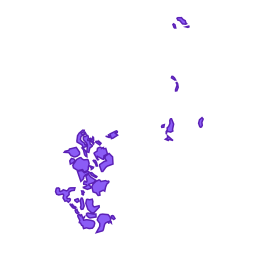 outline of Sinan-gun, South Jeolla, South Korea, rotated 163°
{"feature_id": "91817680B46467557111645", "entity_name": "Sinan-gun", "entity_type": "district", "adm_level": 2, "iso_a3": "KOR", "parent_name": "South Korea", "parent_adm1": "South Jeolla", "projection": "orthographic", "projection_center": [125.994, 34.593], "detail": "fine", "context": "isolated", "style": "filled", "palette": "violet", "viewbox_px": 256, "rotation_deg": 163, "n_neighbors": 0, "source": "geoboundaries", "source_scale": "gbopen_adm2", "svg_char_len": 5887}
<svg xmlns="http://www.w3.org/2000/svg" viewBox="0 0 256 256"><g transform="rotate(163 128 128)"><path d="M183.8,101.6L183.3,100.7L183.3,99.4L182.6,98.8L179.5,99.0L177.8,100.5L177.5,102.0L175.5,105.6L175.5,109.1L175.9,109.7L179.4,110.4L180.7,111.5L181.7,113.5L183.1,113.6L186.3,112.9L191.7,108.5L191.8,105.9L188.8,102.4L188.0,101.8L183.8,101.6ZM177.4,75.2L176.4,72.3L175.5,72.0L174.4,72.0L174.0,74.9L173.0,75.3L169.9,75.7L168.7,74.4L166.6,78.2L164.6,80.6L162.5,81.5L161.9,82.4L162.1,82.9L163.8,83.1L164.7,84.2L169.6,84.8L170.1,86.3L170.9,86.9L174.4,86.3L177.7,84.7L179.7,82.5L180.1,77.1L177.4,75.2ZM182.9,45.0L183.8,42.2L188.9,37.2L182.3,37.1L181.4,37.8L178.5,42.7L176.9,43.8L174.5,44.2L174.2,42.1L173.7,43.7L172.9,44.1L171.7,42.0L171.5,43.3L172.1,44.4L171.3,45.6L171.2,48.2L172.4,51.0L177.5,53.1L179.9,53.4L182.7,51.3L184.3,49.1L182.9,45.0ZM199.9,44.8L196.9,44.7L194.5,43.2L191.4,42.6L189.3,43.9L187.7,46.5L187.6,47.8L188.2,49.0L190.2,50.4L194.3,52.4L197.4,52.8L197.3,54.7L196.1,55.0L195.5,55.9L197.0,55.3L197.7,55.7L197.7,58.4L198.2,58.9L199.3,58.0L199.8,59.3L200.8,59.6L201.6,59.1L201.8,57.9L201.1,53.8L202.3,51.8L201.2,50.9L200.8,48.5L199.9,47.8L199.9,44.8ZM166.2,100.5L166.0,94.2L164.8,93.8L160.8,96.8L158.9,97.6L152.9,97.9L151.2,104.9L153.5,109.2L158.0,107.7L158.9,105.7L158.2,103.0L160.5,103.0L165.8,101.3L166.2,100.5ZM207.9,76.3L206.7,74.4L204.6,75.5L203.9,76.8L204.5,77.7L206.8,78.2L206.7,79.9L203.8,81.4L203.2,83.8L200.4,84.6L197.6,84.1L196.2,86.3L200.6,87.6L201.9,87.6L204.0,86.0L205.2,85.9L208.0,87.9L208.9,87.3L211.4,87.0L211.9,87.6L211.2,89.9L211.9,91.0L213.7,91.4L214.5,90.8L215.9,88.3L215.6,85.5L213.8,84.2L209.6,83.9L209.1,82.6L210.6,80.1L209.7,76.4L207.9,76.3ZM165.6,109.9L161.5,105.7L160.5,105.2L159.1,108.4L155.6,109.1L155.2,109.9L155.2,115.0L157.2,115.2L157.3,116.1L158.6,116.1L158.1,116.5L159.4,116.5L159.7,117.5L160.8,117.9L163.1,117.5L164.3,115.0L167.5,114.1L167.9,113.6L166.8,107.8L166.1,106.3L165.5,106.4L166.1,107.7L166.1,109.0L165.6,109.9ZM190.1,61.9L187.5,57.4L185.1,57.0L178.6,60.8L178.4,62.1L183.4,62.4L184.2,63.8L184.2,65.3L183.1,67.9L183.0,70.4L185.7,70.6L187.6,71.7L188.5,71.7L190.4,68.3L190.1,61.9ZM188.1,83.9L184.8,81.2L181.4,81.3L180.9,82.2L181.0,83.5L182.2,84.9L182.1,85.6L176.5,85.9L174.2,87.6L178.1,92.2L179.2,95.3L180.0,95.3L182.3,94.5L182.5,90.1L183.0,88.7L183.9,88.5L184.7,89.9L185.4,89.9L186.6,88.1L186.8,87.1L184.4,85.9L184.0,85.0L185.4,84.4L188.0,84.5L188.1,83.9ZM196.1,123.4L191.8,121.8L190.6,118.4L188.3,116.3L187.2,115.9L184.9,115.9L182.6,116.7L181.9,117.2L181.4,119.1L183.2,124.6L190.1,125.0L191.1,123.9L195.0,124.2L196.1,123.4ZM178.5,135.4L180.7,130.5L180.8,129.4L176.9,125.3L176.7,122.8L175.9,122.4L173.4,122.5L173.2,124.6L174.2,124.8L173.9,126.1L176.2,128.9L176.9,130.9L175.4,133.7L169.9,134.7L170.2,136.2L172.5,135.0L173.7,135.0L174.3,135.9L174.3,136.6L171.1,137.3L170.5,138.6L172.0,139.2L176.3,137.3L178.5,135.4ZM173.6,131.8L174.0,129.8L172.2,126.3L171.8,124.1L171.9,123.0L174.0,118.1L174.0,117.0L172.6,116.1L170.5,119.9L167.5,121.1L167.2,121.9L168.8,123.6L168.4,127.0L170.1,127.9L169.9,128.8L168.8,129.7L168.5,131.9L168.9,132.8L169.5,133.2L171.0,132.3L172.7,132.6L173.6,131.8ZM189.0,101.3L188.7,90.7L185.2,92.6L184.8,93.9L182.5,95.6L177.5,96.5L178.9,98.2L182.9,98.0L184.2,100.5L185.7,101.1L189.0,101.3ZM92.5,113.5L93.3,110.9L91.9,113.0L91.0,113.1L88.4,111.6L86.0,112.0L85.8,113.7L83.2,118.4L83.7,124.1L84.7,124.3L85.8,123.1L86.6,120.0L88.8,117.5L90.5,116.7L91.1,114.5L92.5,113.5ZM190.7,53.1L184.6,52.2L183.8,55.1L186.7,56.0L190.9,58.3L192.0,58.5L192.8,58.0L193.0,56.2L191.8,54.0L190.7,53.1ZM48.0,218.9L49.1,218.6L48.8,216.6L47.1,215.6L45.4,211.6L42.5,210.4L41.4,210.6L41.9,211.6L41.9,213.9L43.6,215.7L44.6,217.9L48.0,218.9ZM147.0,127.6L147.0,122.7L145.3,122.7L140.0,124.2L141.8,126.7L141.4,127.1L139.6,126.8L139.2,127.7L139.7,128.6L140.9,128.6L147.0,127.6ZM193.2,74.6L194.9,72.4L195.5,67.9L196.6,66.1L196.6,64.2L196.1,63.7L194.8,63.6L192.7,66.2L192.1,72.8L192.5,74.5L193.2,74.6ZM54.2,116.3L57.2,115.0L59.1,111.9L59.0,108.7L58.6,107.6L57.4,107.5L56.2,108.8L55.7,111.8L53.5,114.6L54.2,116.3ZM191.0,115.4L193.3,113.6L193.7,110.3L190.0,111.0L188.1,112.4L188.8,114.1L191.0,115.4ZM177.9,122.4L177.0,120.3L177.3,115.1L176.6,113.3L175.7,112.5L175.1,115.1L175.4,118.8L177.0,122.5L177.9,122.4ZM168.4,129.0L165.7,122.6L164.8,123.8L165.6,125.5L164.4,126.3L163.8,129.1L164.2,129.7L165.3,127.7L166.1,127.4L166.6,129.1L168.4,129.0ZM93.9,105.6L91.1,104.5L88.6,102.9L92.5,109.1L92.8,107.2L95.6,106.3L93.3,104.4L92.5,104.1L93.9,105.6ZM176.8,96.2L177.3,95.3L176.4,93.2L173.3,90.1L172.6,90.0L171.9,90.7L174.0,93.0L175.7,95.9L176.8,96.2ZM68.7,157.1L68.4,155.6L68.7,154.4L71.4,150.7L71.7,149.5L70.4,149.3L68.1,152.2L67.6,155.9L68.0,157.3L68.7,157.1ZM162.9,123.7L160.0,120.0L158.2,121.3L159.6,123.6L159.8,122.7L161.1,124.3L162.7,124.5L162.9,123.7ZM170.9,106.9L169.6,103.6L169.5,100.9L168.4,100.6L168.2,104.0L168.6,106.4L170.3,107.2L170.9,106.9ZM204.3,68.0L202.0,66.1L201.6,66.4L202.0,67.6L201.1,67.6L201.9,68.6L202.8,68.2L203.7,68.8L203.1,69.8L204.2,69.9L203.4,70.8L203.6,71.4L204.5,71.3L205.5,72.1L205.8,71.7L204.3,68.0ZM199.9,74.9L200.1,74.1L198.5,71.8L196.5,72.3L196.2,74.4L196.6,75.1L199.9,74.9ZM169.5,48.8L169.9,46.7L168.4,44.7L166.9,45.2L167.6,48.1L168.4,48.8L169.5,48.8ZM200.6,65.0L202.6,64.6L202.6,62.6L201.7,61.1L199.8,61.2L200.5,62.8L200.6,65.0ZM71.8,163.3L69.2,160.2L68.4,160.0L68.9,162.3L70.1,164.3L71.0,164.5L71.8,163.3ZM54.8,213.9L54.6,210.7L54.2,210.0L53.1,209.7L52.9,213.0L53.9,214.3L54.8,213.9ZM190.8,81.4L190.9,79.0L191.4,78.3L190.5,77.1L190.0,77.5L190.3,78.2L188.7,79.2L189.2,80.8L190.8,81.4ZM175.6,103.0L175.8,102.4L174.8,100.7L175.2,99.1L173.2,99.7L172.4,100.6L175.6,103.0ZM94.6,120.6L95.5,119.6L95.5,118.7L93.5,118.3L92.3,120.6L94.6,120.6ZM148.8,124.4L147.9,124.5L148.8,127.9L148.2,125.1L151.8,126.7L148.8,124.4ZM43.1,207.8L41.3,206.7L40.1,206.9L40.1,207.7L43.1,207.8Z" fill="#8b5cf6" stroke="#5b21b6" stroke-width="1.5"/></g></svg>